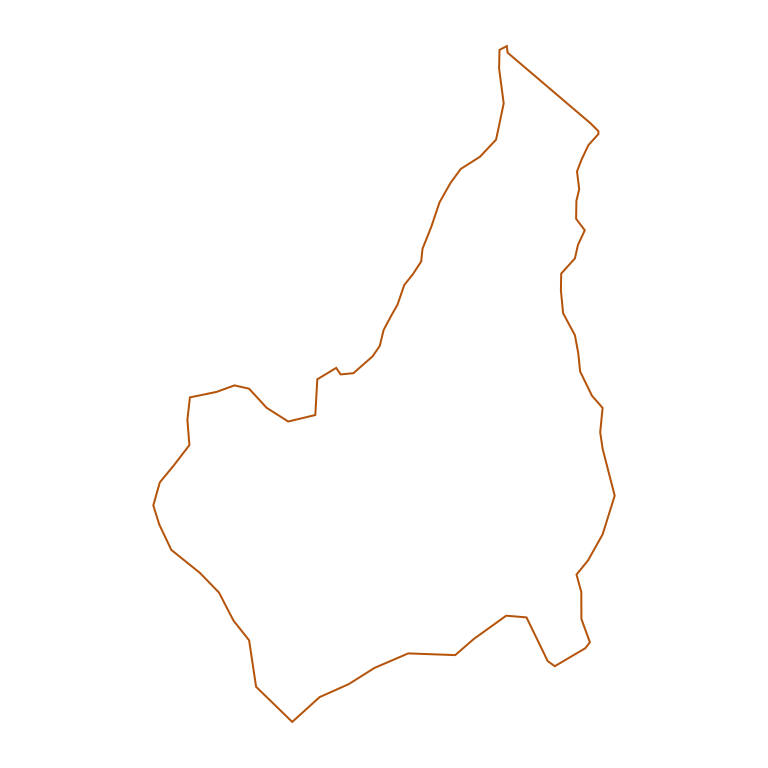 outline of Trimiklini, Limassol, Cyprus
{"feature_id": "46923920B95743207608063", "entity_name": "Trimiklini", "entity_type": "district", "adm_level": 2, "iso_a3": "CYP", "parent_name": "Cyprus", "parent_adm1": "Limassol", "projection": "equal_earth", "projection_center": [32.914, 34.854], "detail": "fine", "context": "isolated", "style": "outline", "palette": "amber", "viewbox_px": 768, "rotation_deg": 0, "n_neighbors": 0, "source": "geoboundaries", "source_scale": "gbopen_adm2", "svg_char_len": 1178}
<svg xmlns="http://www.w3.org/2000/svg" viewBox="0 0 768 768"><path d="M506.8,46.1L499.5,49.9L499.1,68.5L503.7,103.4L496.1,139.6L479.9,156.8L460.8,168.9L450.6,182.8L439.5,202.4L431.4,226.5L422.5,248.8L421.2,261.4L413.1,273.9L404.2,285.1L397.5,304.7L391.5,315.2L383.6,330.0L379.8,345.8L372.7,356.2L353.4,373.2L340.6,374.4L336.2,367.9L317.3,379.3L315.3,415.0L288.2,421.5L266.6,407.8L249.1,388.7L234.5,385.4L216.5,391.9L189.9,397.4L187.4,419.9L189.4,445.1L173.8,465.4L160.2,481.9L159.8,482.4L153.3,505.4L159.3,524.6L168.2,543.3L171.3,549.9L199.9,572.9L219.0,592.6L233.5,620.6L249.1,640.3L256.1,686.8L292.2,721.9L296.0,718.5L319.6,697.1L348.6,684.2L374.5,667.9L408.2,653.4L455.2,655.1L474.0,638.8L506.2,615.7L526.5,617.4L547.7,661.1L554.8,666.2L585.3,648.2L589.9,642.3L581.4,619.0L581.3,592.0L576.5,574.6L588.1,560.3L602.6,534.4L614.7,495.7L602.6,448.7L600.2,432.3L602.6,407.9L592.0,395.8L580.1,371.4L578.3,353.5L574.9,335.2L563.1,313.2L560.9,290.2L561.2,273.6L574.9,258.4L578.0,244.8L584.8,230.3L576.1,218.8L576.4,200.8L579.2,189.3L577.0,171.4L581.7,159.2L588.5,145.0L598.4,134.1L598.4,131.2L590.5,123.3L507.6,52.7L506.8,46.1Z" fill="none" stroke="#b45309" stroke-width="2"/></svg>